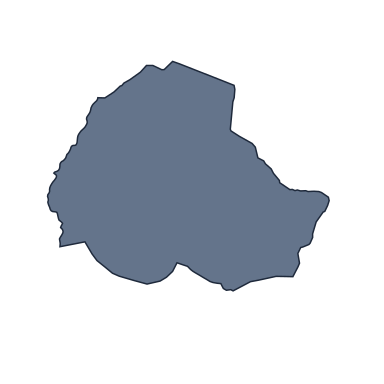 San Pedro Ayampuc, Guatemala, rotated 300°
{"feature_id": "79465075B57117467929955", "entity_name": "San Pedro Ayampuc", "entity_type": "district", "adm_level": 2, "iso_a3": "GTM", "parent_name": "Guatemala", "parent_adm1": "", "projection": "orthographic", "projection_center": [-90.451, 14.766], "detail": "fine", "context": "isolated", "style": "filled", "palette": "slate", "viewbox_px": 384, "rotation_deg": 300, "n_neighbors": 0, "source": "geoboundaries", "source_scale": "gbopen_adm2", "svg_char_len": 2394}
<svg xmlns="http://www.w3.org/2000/svg" viewBox="0 0 384 384"><g transform="rotate(300 192 192)"><path d="M169.1,321.7L180.1,321.2L184.1,320.7L191.7,314.4L198.3,313.9L199.7,315.4L205.0,319.5L206.7,319.9L213.0,319.2L216.0,317.4L228.1,314.5L240.2,315.6L241.6,316.7L248.1,316.2L253.1,315.1L255.7,312.7L256.3,304.4L255.8,301.6L253.6,297.2L250.4,292.2L250.0,289.9L247.2,285.5L246.4,282.2L244.7,280.5L244.4,277.6L243.0,275.6L243.9,263.3L245.7,261.9L248.9,253.2L251.6,249.0L253.1,241.5L254.8,238.5L254.5,232.0L262.5,224.4L264.1,219.8L263.9,205.2L264.4,195.2L265.5,193.8L290.5,182.3L294.7,181.4L302.3,177.8L305.4,175.1L303.0,158.9L296.7,116.9L295.4,109.9L284.1,106.7L282.8,104.7L282.0,94.8L278.8,89.3L270.0,87.4L258.1,82.0L252.4,78.6L249.0,78.0L247.9,76.9L239.6,74.4L229.9,69.5L227.3,64.7L226.6,63.3L225.1,63.8L223.3,63.8L221.4,63.2L218.8,62.5L217.1,62.3L215.7,62.4L214.4,62.5L212.7,63.1L211.0,63.6L209.3,63.8L207.4,63.7L205.7,63.6L204.6,63.5L203.5,63.7L202.4,64.2L201.0,65.7L199.4,66.7L197.9,66.9L194.9,66.9L193.0,66.5L190.1,65.6L188.9,65.3L187.8,65.2L185.4,65.0L183.4,65.2L181.9,65.7L179.0,67.0L177.5,67.7L176.0,68.0L174.5,67.9L173.6,66.9L172.9,65.7L171.4,64.8L170.0,64.9L168.5,65.3L166.5,65.5L164.6,65.5L163.3,65.3L162.0,64.9L159.9,65.3L158.3,65.6L156.2,65.3L154.2,64.6L153.2,63.9L151.9,63.6L150.2,63.7L147.8,64.9L146.2,65.5L145.1,65.6L144.0,65.5L142.7,64.9L140.5,63.1L139.3,62.9L139.0,64.1L139.0,65.3L138.2,66.6L137.1,67.1L136.0,67.2L134.9,67.1L132.9,66.9L131.8,66.6L129.3,66.4L126.8,66.4L124.7,66.7L123.1,67.3L121.5,68.3L120.0,68.7L119.0,68.6L117.6,68.5L116.0,69.1L114.6,70.6L113.7,71.3L112.8,71.8L111.2,72.2L110.2,73.1L109.1,74.3L107.7,76.2L106.6,77.4L105.9,78.2L105.3,79.6L105.4,81.1L106.6,83.8L106.8,85.2L105.8,86.4L103.9,88.1L102.2,89.7L101.2,90.9L100.7,94.1L100.2,95.5L98.9,95.7L97.2,95.7L95.5,96.0L95.2,97.1L94.8,98.5L93.5,100.0L92.0,100.6L89.8,100.7L86.7,100.6L85.1,100.7L84.2,101.4L83.4,102.1L81.7,103.5L80.7,104.0L78.6,105.0L95.3,124.2L88.3,136.6L85.1,144.0L83.5,154.3L81.9,163.7L82.7,171.0L86.4,186.2L89.8,199.1L98.9,208.9L105.4,212.5L113.5,214.9L123.2,214.4L124.5,221.0L125.4,225.3L124.2,229.5L123.8,232.4L123.7,235.2L123.7,240.2L123.6,245.1L123.6,249.2L123.5,252.3L124.1,255.4L125.6,259.5L127.1,262.8L125.7,264.9L124.1,267.4L124.1,270.9L126.8,274.4L126.9,277.0L143.6,287.5L148.9,293.7L161.0,307.0L166.1,316.2L169.1,321.7Z" fill="#64748b" stroke="#1e293b" stroke-width="1.5"/></g></svg>